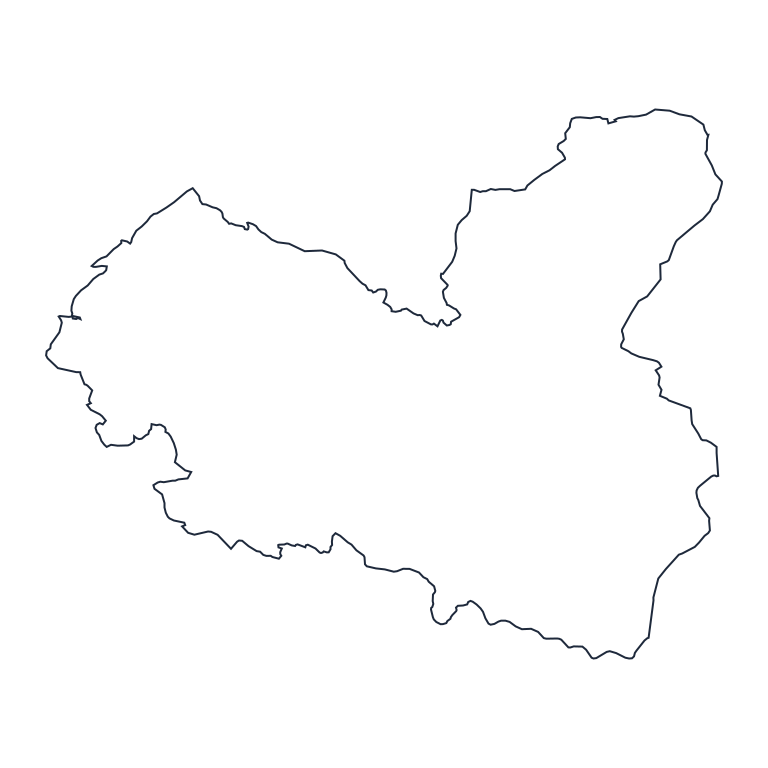 Vadu Motilor, Alba, Romania
{"feature_id": "2599482B54784080645152", "entity_name": "Vadu Motilor", "entity_type": "district", "adm_level": 2, "iso_a3": "ROU", "parent_name": "Romania", "parent_adm1": "Alba", "projection": "natural_earth1", "projection_center": [22.956, 46.413], "detail": "fine", "context": "isolated", "style": "outline", "palette": "slate", "viewbox_px": 768, "rotation_deg": 0, "n_neighbors": 0, "source": "geoboundaries", "source_scale": "gbopen_adm2", "svg_char_len": 6065}
<svg xmlns="http://www.w3.org/2000/svg" viewBox="0 0 768 768"><path d="M648.6,637.8L653.5,600.4L653.4,597.5L658.3,578.5L665.9,569.0L678.8,554.7L682.2,553.5L694.8,546.9L699.0,542.6L704.6,535.8L708.2,533.1L709.9,530.5L709.1,520.8L709.4,518.2L700.0,505.9L698.3,500.0L697.3,498.1L696.4,492.8L696.6,490.5L697.9,487.8L700.0,485.8L711.2,476.6L713.2,475.6L714.9,475.5L716.5,476.3L718.2,475.9L716.6,453.0L716.6,446.9L710.9,442.7L706.4,440.4L702.6,440.2L701.2,439.2L698.3,433.6L692.2,424.1L691.6,420.3L690.9,410.0L690.3,408.3L668.7,400.4L666.9,398.7L659.9,395.8L661.5,389.8L658.5,384.7L659.6,377.5L659.1,375.4L655.7,370.3L661.4,366.7L658.9,362.7L656.9,361.3L653.0,360.1L639.2,356.8L631.3,353.4L628.4,351.2L621.7,347.9L621.1,346.9L621.2,344.3L623.8,339.3L622.8,333.7L622.0,331.6L622.1,329.5L631.4,312.8L638.7,301.1L647.2,296.4L660.6,279.4L660.2,264.3L667.3,261.4L668.8,260.1L673.8,246.3L675.7,242.1L676.9,240.3L694.5,225.5L702.9,219.1L709.9,211.3L712.7,204.7L717.5,199.1L718.6,195.4L721.8,183.8L721.9,181.5L715.4,174.4L711.8,165.4L705.4,153.8L705.5,152.5L706.9,150.2L707.0,140.0L708.4,134.8L707.5,134.9L704.8,130.2L703.4,124.6L691.5,116.5L679.4,114.3L669.7,110.7L655.1,109.5L646.1,114.6L638.3,116.2L633.9,116.6L630.0,116.3L618.4,118.1L614.6,119.9L615.8,121.3L608.4,123.4L607.3,119.0L602.5,118.8L599.9,117.0L596.1,117.1L590.5,118.2L580.2,117.3L575.8,117.5L571.8,118.9L570.2,123.2L569.8,127.2L565.2,133.2L565.8,138.9L563.7,141.0L558.7,144.0L557.7,146.4L557.9,149.2L562.1,152.8L564.9,157.7L565.0,159.3L555.0,166.0L549.5,170.3L542.4,173.9L534.4,179.8L527.4,185.5L525.2,189.4L514.5,191.0L510.2,189.2L499.5,189.2L495.4,189.9L490.8,189.0L485.9,191.2L482.8,191.2L480.2,192.0L474.1,189.8L471.8,189.8L469.7,211.2L466.7,215.8L461.7,220.1L457.8,224.8L455.6,233.4L455.6,241.1L456.5,248.4L454.7,255.8L452.2,261.8L443.0,273.9L441.2,273.7L440.8,275.8L441.1,278.2L447.6,284.9L447.7,285.6L446.2,287.9L443.6,290.0L442.9,291.8L443.9,297.9L446.6,303.0L446.9,304.8L449.0,305.4L454.0,308.5L456.1,309.3L460.4,314.9L459.1,317.2L451.1,321.7L450.7,324.3L449.4,325.0L446.8,325.5L443.5,322.6L442.9,320.6L441.8,319.9L440.3,320.5L437.5,326.3L433.9,323.6L432.6,324.4L431.0,324.4L424.5,321.0L421.2,315.5L419.7,315.0L417.7,315.2L413.5,313.4L406.6,308.6L401.7,309.6L400.9,310.7L395.7,311.8L391.6,311.2L391.6,309.3L390.2,306.9L387.5,304.8L383.4,302.5L385.8,297.5L386.4,295.4L386.5,292.8L385.9,290.5L384.7,289.5L380.3,289.3L377.8,289.8L375.9,291.6L373.2,292.5L371.7,290.5L368.4,290.1L365.5,285.3L362.5,283.7L359.6,281.1L347.4,268.1L344.7,263.0L344.4,260.7L335.8,254.4L322.0,250.5L304.7,251.2L289.0,243.7L277.6,242.3L271.7,239.6L264.8,233.8L261.3,232.1L258.4,229.4L256.1,226.1L252.9,224.2L248.2,222.6L247.2,222.9L248.6,226.6L248.1,229.1L247.3,229.6L244.8,229.1L244.0,226.9L241.9,226.1L235.7,225.2L231.2,223.4L229.1,223.8L227.8,222.0L223.6,218.4L222.9,217.1L222.4,213.5L221.6,211.9L220.1,210.3L216.5,208.2L212.6,207.3L206.1,204.5L202.4,204.1L200.0,200.5L199.1,196.2L192.7,188.2L186.9,191.4L174.1,202.2L166.5,207.5L157.0,213.4L153.8,214.0L150.5,216.6L147.0,221.3L141.7,226.5L136.3,230.7L132.1,238.1L131.2,242.1L130.1,243.6L127.2,241.5L121.9,240.3L121.2,240.8L121.3,243.1L117.5,246.5L113.7,249.1L106.5,256.4L101.3,258.2L97.7,260.5L91.7,266.0L93.3,266.8L95.8,266.9L101.8,265.9L106.8,266.4L106.2,270.1L105.4,271.1L103.0,273.4L99.3,274.6L93.3,279.0L87.7,285.5L81.1,290.3L75.9,295.9L73.8,299.1L71.7,306.3L71.4,310.7L72.3,313.4L71.9,315.8L79.8,317.5L80.4,319.1L77.9,318.0L76.2,319.0L72.8,318.5L72.5,316.5L68.7,316.9L59.9,316.0L58.7,316.5L61.1,320.3L61.8,322.7L59.4,332.3L50.8,344.3L50.3,348.3L46.7,351.2L46.1,355.4L47.6,358.3L57.9,368.1L76.1,372.1L80.2,372.2L80.6,374.5L84.5,384.3L86.3,384.8L87.7,385.8L92.2,390.4L89.2,398.5L89.2,401.2L90.8,403.2L87.0,404.9L90.8,409.8L99.7,414.3L102.1,416.2L105.8,420.7L102.8,424.4L99.7,423.1L96.7,424.8L95.5,428.0L96.9,432.4L99.2,434.9L101.4,440.9L104.3,444.7L106.7,446.9L111.0,444.8L117.7,445.7L128.0,445.4L130.1,444.5L134.1,441.6L134.1,436.2L136.5,438.1L139.0,439.1L141.7,438.7L145.8,435.3L148.3,434.1L149.1,430.8L151.1,429.1L151.6,424.1L156.6,425.2L159.4,424.6L161.0,424.9L164.8,427.3L165.7,429.5L165.4,431.9L168.4,433.5L170.7,436.6L173.8,443.1L175.9,449.7L176.7,454.7L174.9,462.2L185.2,470.4L191.2,472.0L187.6,478.4L178.4,479.4L175.2,480.7L172.4,480.7L163.8,482.2L160.3,481.7L157.7,482.5L153.4,485.2L154.5,488.8L162.1,494.4L164.5,503.1L164.5,507.5L165.8,512.7L167.8,516.7L169.5,518.4L173.9,520.5L184.3,522.7L185.2,525.1L182.1,526.4L188.1,532.8L194.4,534.7L208.1,531.5L211.1,531.8L217.6,534.8L231.0,548.8L237.1,541.7L239.0,540.5L242.2,540.8L248.5,546.1L256.6,551.1L260.1,551.7L263.3,554.9L266.4,555.9L270.7,555.8L272.4,557.0L278.9,558.7L281.3,555.8L280.3,554.2L280.2,552.2L281.8,548.5L278.5,547.4L278.2,545.1L279.0,544.7L284.3,544.5L286.5,543.6L287.7,543.6L291.7,545.4L295.1,546.0L295.9,544.9L297.6,544.4L305.3,547.3L305.9,545.3L307.8,544.7L315.5,548.5L319.6,552.5L321.0,553.0L322.7,552.5L323.7,551.4L326.9,552.4L328.7,552.3L330.5,549.3L330.5,547.0L332.1,545.0L331.9,541.6L332.6,536.2L335.5,533.2L340.2,535.8L347.7,542.3L351.5,544.6L356.4,550.3L363.6,555.5L364.5,557.2L365.0,564.3L366.8,566.3L375.9,568.4L384.8,569.4L393.8,571.7L397.1,571.2L403.1,568.8L409.6,568.9L419.0,572.5L423.4,577.2L427.2,579.1L428.7,581.7L434.1,586.3L435.3,590.9L434.9,592.2L433.0,594.5L432.7,601.1L433.3,603.9L432.3,607.0L431.2,607.9L431.0,609.5L432.9,617.2L433.8,619.4L436.3,622.0L440.6,624.2L443.0,624.1L446.3,623.1L447.4,621.0L450.4,618.8L450.9,617.1L452.4,615.0L456.2,611.1L456.6,610.0L456.0,607.6L457.9,605.8L463.1,605.5L467.2,604.4L468.2,602.0L470.5,600.9L472.7,601.7L476.6,604.5L480.6,608.4L483.0,611.8L485.4,618.3L488.5,623.6L490.6,624.7L494.4,623.9L498.4,621.6L501.0,620.7L505.5,620.7L509.6,621.9L515.7,626.4L521.9,629.2L531.1,628.8L538.1,631.9L543.8,638.1L546.3,638.7L557.2,638.5L559.3,638.8L561.3,639.7L568.4,647.4L570.3,647.5L573.7,646.4L582.4,646.6L586.1,649.7L591.6,657.7L593.5,658.5L596.3,658.1L606.7,651.9L609.8,651.2L616.2,653.1L625.3,657.7L629.1,658.5L632.0,658.3L634.0,656.4L634.9,652.9L636.5,650.6L644.5,640.5L647.3,638.2L648.6,637.8Z" fill="none" stroke="#1e293b" stroke-width="2"/></svg>